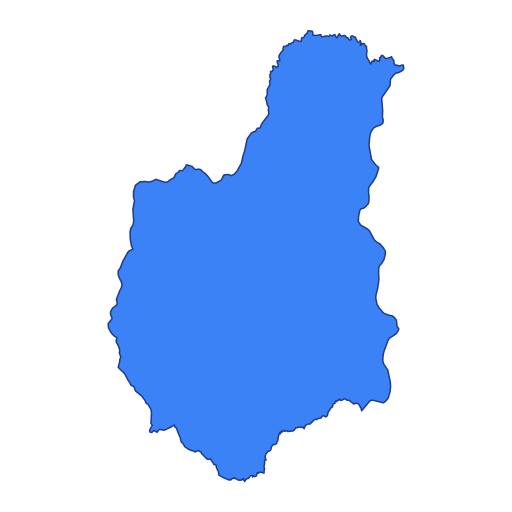 Anzá, Antioquia, Colombia (Equal Earth projection)
{"feature_id": "7082276B98317886135707", "entity_name": "Anzá", "entity_type": "district", "adm_level": 2, "iso_a3": "COL", "parent_name": "Colombia", "parent_adm1": "Antioquia", "projection": "equal_earth", "projection_center": [-75.914, 6.314], "detail": "fine", "context": "isolated", "style": "filled", "palette": "blue", "viewbox_px": 512, "rotation_deg": 0, "n_neighbors": 0, "source": "geoboundaries", "source_scale": "gbopen_adm2", "svg_char_len": 5976}
<svg xmlns="http://www.w3.org/2000/svg" viewBox="0 0 512 512"><path d="M403.3,65.1L401.4,65.2L399.4,66.1L397.2,65.2L395.4,65.3L394.2,63.9L393.7,60.3L392.3,58.6L391.6,56.8L387.9,58.3L385.7,58.5L385.1,58.2L383.5,56.2L382.0,55.3L381.0,56.1L380.7,57.3L379.6,57.8L379.8,59.7L379.0,61.3L374.6,59.4L373.8,60.4L374.0,61.4L372.2,61.1L370.7,63.8L369.8,62.7L369.0,60.7L367.0,57.7L366.5,54.7L367.0,50.6L366.5,48.6L366.5,46.4L365.3,45.7L364.4,43.9L363.5,43.5L361.9,43.8L360.8,45.2L360.3,45.2L361.0,43.0L360.3,40.7L360.0,40.6L359.9,42.0L358.4,42.4L357.5,41.7L355.4,37.3L352.3,35.9L351.1,36.1L350.5,37.5L351.3,39.0L350.8,39.9L350.2,40.1L348.9,39.5L348.0,37.9L346.4,37.5L345.3,35.7L343.5,35.5L342.0,36.1L340.7,35.9L339.4,33.9L338.5,34.6L337.6,37.0L336.9,37.7L336.2,37.1L334.8,34.6L334.3,34.6L332.3,35.9L329.8,35.1L329.4,36.0L328.7,36.4L326.2,35.9L322.1,37.0L321.4,36.3L320.7,34.6L316.4,35.5L313.3,35.2L312.7,34.5L312.8,32.2L312.1,31.2L308.1,30.7L307.4,32.5L306.5,33.8L304.8,35.1L304.3,36.7L303.8,37.3L301.6,38.0L301.3,41.1L301.0,41.6L297.1,40.6L296.1,40.0L294.3,39.9L293.3,42.3L291.6,43.0L290.8,44.1L289.0,43.6L287.9,45.7L286.9,45.3L285.6,46.4L283.6,46.4L283.0,48.5L283.1,50.1L280.7,52.9L279.1,55.5L278.9,56.8L279.8,59.9L279.7,60.9L277.9,60.7L277.2,61.0L277.1,62.1L278.1,64.7L278.1,66.4L276.7,67.3L274.8,66.2L273.2,65.9L272.7,66.2L272.6,67.1L273.2,68.8L273.1,69.9L271.9,71.4L270.6,71.5L270.6,73.7L269.8,74.9L270.1,76.4L269.9,77.5L270.7,78.5L270.5,79.6L269.5,80.9L269.9,83.1L269.8,84.4L269.3,85.9L267.2,89.5L267.2,94.8L266.7,96.2L265.5,97.8L266.5,101.0L267.1,104.5L268.5,106.9L268.6,107.8L268.3,110.2L268.8,113.2L268.3,115.0L262.8,122.3L261.1,125.2L260.3,127.6L259.8,128.0L257.3,128.3L255.4,131.4L253.5,131.8L251.3,133.1L247.2,138.8L244.5,151.5L243.1,155.5L241.3,163.4L237.2,170.8L234.3,174.1L231.5,175.6L228.1,174.5L224.2,174.9L223.6,175.4L221.4,179.8L220.8,180.4L215.9,183.0L213.6,183.1L212.2,182.2L207.6,176.0L205.2,173.5L202.8,171.9L201.0,169.8L199.5,169.2L194.8,169.5L192.2,166.5L186.8,164.8L186.1,165.2L185.4,166.9L182.6,170.7L179.5,170.5L177.8,172.6L175.6,174.0L174.0,177.7L170.4,179.6L167.3,182.1L164.4,182.2L156.0,179.3L152.7,181.0L149.0,182.1L144.5,181.4L141.8,181.9L140.3,181.6L135.3,185.4L134.6,188.4L133.5,191.1L133.5,196.9L134.5,200.9L132.9,209.2L133.7,221.4L133.0,224.8L130.8,228.5L130.1,231.4L130.2,238.6L131.4,245.8L132.6,248.2L132.7,249.1L128.8,251.2L127.6,252.7L122.9,261.1L120.3,267.9L118.2,270.9L118.2,274.5L118.8,276.7L121.4,282.2L122.0,284.1L121.9,285.6L121.3,287.8L119.7,290.8L116.5,299.1L116.4,300.0L117.2,302.1L117.0,304.1L116.1,305.5L112.5,308.2L110.7,311.4L110.5,314.3L111.9,317.9L111.9,319.0L108.2,323.5L108.3,326.8L108.6,328.1L110.7,332.1L112.8,334.7L114.7,336.4L116.8,337.5L116.9,338.3L116.1,340.7L116.3,342.0L118.4,346.0L119.5,349.3L119.7,350.7L119.3,352.9L120.8,356.8L119.9,359.3L119.5,362.8L118.6,365.5L118.3,367.5L124.6,373.6L127.9,379.9L129.9,382.8L130.5,384.6L131.4,385.5L133.8,386.5L135.6,391.1L141.8,396.1L145.1,400.6L146.0,403.0L148.1,404.4L151.0,409.4L151.5,412.8L150.9,423.0L152.2,425.4L149.8,429.7L149.6,430.8L150.0,432.1L151.8,432.5L153.0,431.2L154.3,430.6L157.0,432.3L158.7,430.1L159.8,429.4L164.1,430.3L170.7,427.2L174.2,425.1L175.2,427.3L176.4,428.0L177.9,432.3L180.0,437.0L181.3,442.0L183.1,443.7L184.8,446.7L188.0,448.9L191.1,450.5L193.2,450.8L194.6,451.8L195.6,451.8L197.6,450.6L198.9,451.0L201.2,452.2L201.5,453.5L207.2,459.2L208.6,459.4L210.3,458.8L211.8,461.1L212.8,462.2L213.5,464.0L214.1,464.6L215.5,464.6L216.1,465.3L216.5,468.0L218.4,471.4L218.9,475.1L223.7,477.8L229.3,480.1L229.7,480.1L230.4,479.3L231.3,479.7L232.5,478.2L233.4,478.5L234.6,477.7L235.4,478.8L236.5,478.8L238.3,480.1L241.1,480.2L243.3,478.8L243.5,480.1L244.2,480.2L244.6,481.3L245.3,480.7L246.0,479.1L248.4,478.4L250.6,475.7L252.3,475.6L252.7,476.8L253.5,475.7L254.5,476.6L255.8,476.3L256.7,475.1L257.0,473.0L257.4,472.5L258.6,473.2L259.7,472.1L262.3,472.4L262.5,472.8L264.0,473.0L264.2,469.7L264.6,469.0L264.0,466.9L264.7,463.0L264.5,460.4L265.0,459.9L266.0,459.9L265.1,456.9L265.9,453.9L267.8,451.7L270.5,450.4L271.6,446.5L273.2,444.7L275.2,444.4L276.6,443.5L276.7,442.2L277.8,440.6L278.6,435.7L279.6,432.8L280.1,432.3L280.6,433.3L281.4,431.4L282.2,431.9L283.2,430.6L284.7,431.3L286.8,430.7L287.9,431.5L293.1,430.9L294.0,430.3L295.8,427.9L297.7,427.6L298.3,426.9L301.3,427.5L302.7,426.8L303.3,428.0L304.1,428.6L305.0,426.4L306.1,424.9L307.8,424.1L310.1,424.0L314.4,419.7L315.5,419.3L316.3,419.6L318.3,418.5L320.8,418.1L322.3,416.2L323.1,415.8L324.2,415.9L325.3,416.8L326.4,416.6L327.4,415.5L328.2,411.9L329.5,410.4L330.4,408.4L332.5,406.9L333.0,403.9L334.9,403.3L335.0,401.9L335.4,401.2L336.7,401.6L337.4,400.4L338.2,400.4L339.4,399.2L340.4,400.4L340.9,400.4L342.6,399.9L344.1,398.8L344.8,398.9L347.1,400.2L349.1,400.3L353.8,404.0L356.3,403.2L357.6,403.5L359.3,404.8L360.2,407.0L361.1,408.0L361.3,409.8L361.8,410.6L369.1,401.8L370.6,400.5L373.0,400.2L383.3,402.8L385.2,401.7L387.3,399.3L388.3,397.7L390.0,391.9L390.6,386.8L390.4,382.6L387.8,370.2L383.8,364.1L383.1,362.3L382.8,360.2L383.1,355.1L384.1,351.0L388.4,339.5L390.0,337.8L396.0,333.9L398.3,330.6L398.8,328.8L397.0,326.2L396.5,320.8L396.0,319.5L394.1,317.3L392.5,316.0L388.9,315.2L384.5,313.6L383.0,312.5L379.2,307.9L377.0,304.3L375.7,297.8L376.1,294.5L377.7,288.3L378.9,279.9L378.6,272.1L378.8,267.3L379.6,265.6L381.8,263.3L384.0,259.5L385.4,253.8L385.4,251.4L383.5,248.0L379.9,243.8L376.6,242.1L374.5,240.1L369.5,230.9L367.6,229.1L360.6,225.0L358.4,221.5L358.4,218.9L358.8,215.1L359.8,210.6L360.8,208.9L363.5,208.2L364.8,207.4L367.9,204.2L368.8,202.3L369.1,197.1L368.5,191.8L368.8,187.7L369.4,186.4L372.9,181.8L376.0,176.6L378.6,168.6L378.6,167.4L375.6,164.8L371.5,159.4L369.0,145.6L369.6,138.0L370.4,133.4L371.8,130.4L373.7,128.0L375.5,126.8L380.2,125.1L381.6,124.3L383.0,122.8L383.2,120.1L382.4,116.7L382.7,110.7L381.7,99.1L382.0,97.3L389.8,86.1L390.2,84.3L390.4,80.2L390.8,78.8L393.1,75.7L395.2,73.5L399.5,72.2L402.7,70.4L403.8,68.3L403.3,65.1Z" fill="#3b82f6" stroke="#1e3a8a" stroke-width="1.5"/></svg>